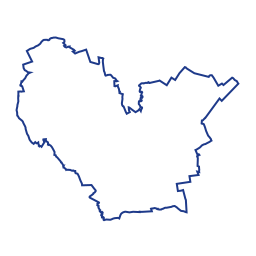 Abram, Bihor, Romania (Albers equal-area conic projection), rotated 269°
{"feature_id": "2599482B62874719700272", "entity_name": "Abram", "entity_type": "district", "adm_level": 2, "iso_a3": "ROU", "parent_name": "Romania", "parent_adm1": "Bihor", "projection": "albers", "projection_center": [22.416, 47.314], "detail": "fine", "context": "isolated", "style": "outline", "palette": "blue", "viewbox_px": 256, "rotation_deg": 269, "n_neighbors": 0, "source": "geoboundaries", "source_scale": "gbopen_adm2", "svg_char_len": 5733}
<svg xmlns="http://www.w3.org/2000/svg" viewBox="0 0 256 256"><g transform="rotate(269 128 128)"><path d="M176.5,233.0L169.3,224.2L170.8,222.7L168.7,219.0L176.9,214.4L179.3,212.7L179.3,211.1L178.5,210.0L177.7,209.6L181.6,195.3L186.2,188.2L187.0,187.2L187.5,186.9L187.9,185.9L181.9,180.4L175.2,176.0L177.6,172.3L170.1,167.5L174.9,160.4L174.7,160.1L173.1,152.5L172.8,151.1L172.6,150.5L172.6,150.0L172.8,149.8L173.3,149.6L173.5,149.3L173.5,149.1L172.8,148.4L172.7,148.0L172.7,147.5L172.9,146.9L172.8,146.2L172.3,144.4L172.5,144.1L172.4,142.2L170.4,139.8L169.7,140.0L169.1,140.9L168.2,141.5L167.8,141.4L166.8,140.8L164.6,140.3L164.1,140.4L163.9,140.5L163.8,141.0L164.0,142.0L164.0,142.4L163.8,142.6L163.5,142.8L163.1,142.7L162.5,142.2L161.0,142.0L160.5,141.8L160.3,141.4L160.1,141.4L159.6,142.9L159.1,143.1L158.7,143.1L157.9,142.6L158.0,141.3L156.6,140.9L156.4,140.9L155.6,142.1L155.1,142.2L154.6,141.6L154.5,141.4L154.6,140.0L154.7,139.7L154.4,139.4L152.4,139.2L151.6,139.3L151.1,139.8L150.0,140.5L148.9,140.7L148.7,140.9L148.5,142.1L148.1,142.4L147.7,142.4L146.1,141.5L144.7,141.1L146.8,139.9L145.2,138.4L143.7,135.8L145.9,132.8L148.4,129.7L148.6,129.1L145.6,129.3L143.9,130.1L142.3,127.0L144.3,126.0L149.1,124.2L149.8,123.8L149.9,123.2L151.2,122.5L152.8,122.3L157.3,123.0L158.7,122.9L160.0,123.0L161.9,123.4L163.0,120.3L163.1,120.1L164.3,120.4L164.3,120.0L167.2,119.6L170.1,118.4L170.8,118.5L169.9,115.9L170.3,115.5L170.3,115.2L175.1,115.1L175.2,116.0L175.1,116.8L174.9,117.2L175.0,117.8L175.1,118.1L175.5,117.5L176.5,116.9L177.7,116.1L178.2,114.9L178.5,114.0L181.1,112.0L181.6,111.1L181.5,110.2L181.4,108.3L181.0,107.7L180.8,106.5L181.5,106.1L184.0,105.6L185.3,105.0L190.4,104.4L194.5,104.0L196.8,104.1L197.9,104.5L198.4,103.7L198.5,102.4L199.2,99.8L193.7,100.4L192.4,99.8L192.4,99.0L194.7,91.5L207.1,87.5L205.6,82.8L205.1,80.6L203.4,76.4L205.4,74.2L206.2,76.1L207.2,75.2L209.8,70.8L210.5,71.0L210.4,69.7L209.6,67.7L210.3,66.2L211.2,65.5L211.7,66.3L211.7,66.8L211.9,67.0L214.2,64.7L215.0,65.8L215.5,66.0L217.1,65.9L217.6,65.4L218.0,64.5L218.9,59.9L219.7,57.5L219.7,55.1L219.2,53.3L219.3,52.9L218.6,51.6L218.2,51.2L217.5,50.9L217.2,50.4L217.1,49.6L217.6,48.7L217.6,47.0L217.6,46.3L217.6,45.6L217.3,44.8L215.7,43.0L213.8,41.7L212.2,39.6L211.1,37.0L209.9,35.3L209.6,34.5L209.0,32.1L208.8,31.5L206.8,28.2L196.1,33.3L193.2,24.3L189.7,24.7L187.6,25.8L187.0,27.0L185.5,28.9L185.1,31.2L184.3,29.3L183.3,28.6L182.3,27.5L179.5,26.0L177.4,24.0L176.1,23.1L176.5,22.3L173.7,21.7L173.3,21.3L172.7,21.1L172.3,21.2L172.1,22.0L171.8,22.1L171.6,22.9L166.5,24.5L166.4,23.2L166.2,22.1L166.4,20.9L166.3,19.0L163.7,19.0L161.9,18.8L161.8,19.1L160.2,18.7L156.4,18.8L152.8,17.8L151.9,17.8L148.4,17.0L147.8,16.9L145.5,17.4L142.3,17.5L141.8,18.1L139.7,19.2L137.0,22.4L136.1,23.0L134.7,23.5L131.3,25.2L130.1,25.6L129.0,25.6L124.9,26.7L123.9,27.0L121.9,28.2L118.1,29.4L117.3,29.9L115.2,31.5L113.8,33.4L115.5,35.0L114.4,36.1L114.2,36.7L115.1,38.0L113.9,38.1L112.2,38.8L111.7,38.5L111.2,39.0L111.7,39.4L111.7,39.7L111.4,40.4L110.7,41.2L114.6,43.7L115.3,44.2L116.1,43.7L116.5,43.8L117.4,44.5L117.5,43.3L117.6,43.1L118.1,43.2L118.3,45.7L117.3,45.6L116.1,46.1L115.4,47.3L115.0,47.7L113.8,47.8L113.0,47.7L113.0,48.2L112.5,48.3L112.7,48.9L111.7,50.4L110.2,51.6L107.8,52.9L105.4,54.1L104.1,54.1L102.4,53.9L102.3,54.4L102.0,54.8L102.0,55.2L100.6,55.7L100.0,56.6L95.6,60.2L94.8,60.4L94.6,60.6L94.6,61.0L92.0,62.5L91.1,62.6L91.2,62.9L90.6,62.6L89.8,62.8L89.9,63.0L89.7,63.4L88.8,64.1L88.2,64.9L87.2,65.4L87.5,65.9L87.3,66.4L87.2,67.3L87.3,67.8L87.1,68.4L87.2,69.2L86.3,71.2L86.2,71.5L86.5,72.2L86.4,72.5L86.4,72.9L85.6,73.7L85.6,74.0L85.9,74.3L85.9,74.5L83.9,74.7L83.6,75.1L83.2,76.7L82.5,77.1L80.4,78.1L76.4,79.5L73.3,80.9L71.5,81.1L71.6,90.5L68.4,92.8L66.1,94.6L65.7,94.6L65.3,94.5L64.2,93.6L63.3,92.2L62.7,92.1L61.5,90.5L60.6,89.1L60.1,88.5L59.8,88.4L59.3,88.4L59.0,88.7L54.1,97.6L53.9,97.7L53.5,97.5L53.4,96.8L53.0,96.1L52.3,96.1L52.1,96.2L51.3,96.0L51.1,96.3L51.2,96.7L50.9,97.2L50.0,97.2L49.6,97.0L49.3,97.0L48.7,97.3L48.3,97.3L48.0,97.7L47.2,97.9L46.4,98.7L45.6,98.2L45.2,98.4L45.1,98.7L44.5,99.0L44.2,99.3L44.2,99.5L44.3,100.1L44.6,100.5L44.3,100.9L44.1,101.0L43.9,100.5L43.4,100.2L43.1,100.3L42.9,100.9L42.6,101.0L42.3,100.6L42.1,100.0L41.8,99.8L41.1,99.7L40.9,100.0L41.1,100.2L41.0,100.5L40.5,100.6L40.1,100.4L39.0,100.4L38.9,100.7L39.5,101.2L39.3,101.8L38.6,101.9L38.4,102.3L36.8,101.9L36.6,102.0L36.3,102.3L36.3,102.6L36.4,102.8L36.9,104.7L36.6,108.1L36.6,108.8L36.9,109.8L37.7,111.6L38.1,113.3L38.3,116.2L38.2,116.8L37.7,117.7L40.8,118.8L42.0,119.4L42.6,119.9L43.0,120.4L43.8,121.7L44.3,123.4L44.3,124.3L43.6,128.0L43.7,128.6L44.1,131.4L44.1,132.3L43.7,138.3L44.1,138.3L43.9,140.2L44.3,150.4L46.9,149.6L47.0,150.0L47.2,151.9L47.5,153.1L47.2,154.5L46.7,155.5L46.7,156.2L46.3,156.1L45.9,157.9L45.9,159.7L46.5,160.8L46.7,161.8L47.4,163.1L47.6,163.8L47.6,165.2L48.4,170.0L49.0,171.4L49.2,173.3L47.8,175.4L46.9,176.3L44.4,179.3L44.2,179.7L43.8,182.3L42.9,184.3L42.7,185.1L55.0,184.6L56.3,184.1L65.0,182.0L64.4,179.9L64.1,176.8L71.3,175.8L73.1,189.4L78.8,188.6L79.8,197.7L83.2,196.5L82.7,198.4L83.4,198.3L85.3,198.5L86.0,198.4L88.2,198.3L88.8,196.9L96.8,197.3L98.3,196.6L98.8,196.7L99.2,197.9L99.8,198.2L99.9,198.8L100.4,198.5L100.8,196.7L104.8,195.1L105.2,196.1L106.8,198.8L107.4,199.7L109.3,201.6L109.7,202.3L110.4,203.9L110.6,205.2L111.1,206.0L112.7,209.3L113.6,210.6L113.9,211.2L114.5,210.9L115.3,210.8L117.2,209.5L118.7,208.2L119.4,207.8L123.8,206.0L127.4,205.0L130.4,203.9L130.7,203.6L130.9,203.0L130.9,202.3L131.2,201.7L134.2,202.0L134.2,202.5L134.4,203.0L137.0,205.5L136.9,205.6L155.9,220.0L153.5,222.2L170.4,239.1L171.4,238.4L172.7,237.8L173.0,237.5L174.1,235.6L175.9,234.1L176.3,233.5L176.5,233.0Z" fill="none" stroke="#1e3a8a" stroke-width="2"/></g></svg>